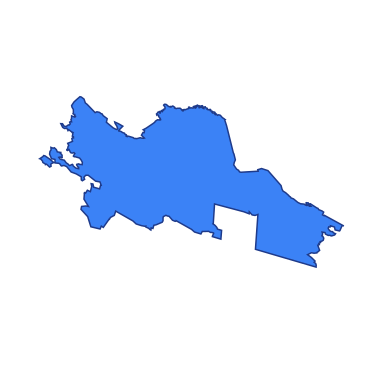 outline of Zebrenes pag., Dobele, Latvia, rotated 30°
{"feature_id": "27541924B8969780539300", "entity_name": "Zebrenes pag.", "entity_type": "district", "adm_level": 2, "iso_a3": "LVA", "parent_name": "Latvia", "parent_adm1": "Dobele", "projection": "robinson", "projection_center": [22.874, 56.594], "detail": "fine", "context": "isolated", "style": "filled", "palette": "blue", "viewbox_px": 384, "rotation_deg": 30, "n_neighbors": 0, "source": "geoboundaries", "source_scale": "gbopen_adm2", "svg_char_len": 6009}
<svg xmlns="http://www.w3.org/2000/svg" viewBox="0 0 384 384"><g transform="rotate(30 192 192)"><path d="M337.0,195.0L336.1,193.2L334.8,192.0L332.9,191.8L333.1,190.3L328.2,189.0L323.4,188.5L325.8,184.9L328.3,184.0L330.6,182.3L330.4,181.8L331.0,180.8L331.7,178.7L327.5,175.2L328.6,173.9L327.5,173.1L328.6,171.5L327.8,170.9L329.2,169.4L329.8,168.1L329.2,166.1L327.3,164.9L326.4,165.0L326.1,163.0L324.7,161.7L327.5,160.6L328.6,161.7L331.6,161.5L333.2,160.5L334.4,160.5L335.1,160.0L337.0,157.9L337.2,156.4L334.6,156.6L333.6,156.0L332.2,156.7L331.1,156.7L328.9,156.0L328.0,155.2L327.9,153.7L329.1,153.3L329.4,152.5L328.9,152.0L332.9,151.1L334.9,153.3L339.2,152.0L339.4,151.5L338.8,146.0L340.5,145.5L318.4,146.0L318.3,146.5L316.4,146.5L316.1,143.6L314.3,143.4L310.6,143.9L309.3,143.2L308.0,143.4L300.3,143.0L299.9,143.3L299.9,144.2L302.1,144.9L300.7,145.7L299.6,144.9L298.2,143.3L296.3,144.1L296.2,144.5L297.1,145.3L298.4,145.6L298.6,145.9L298.2,146.3L296.6,146.6L295.2,146.4L291.9,147.9L288.8,148.1L283.4,147.2L280.6,147.6L279.8,147.1L278.2,147.0L277.7,146.7L273.5,145.8L270.4,145.7L268.6,144.6L265.9,141.9L247.1,135.5L240.5,136.9L237.8,139.8L238.9,140.9L224.4,150.5L223.0,150.8L221.5,149.9L219.2,149.9L214.6,147.7L213.8,145.2L213.5,142.5L209.4,138.2L208.1,137.3L188.8,117.3L184.4,113.3L184.5,112.7L183.9,112.9L183.3,112.5L181.1,112.4L178.2,111.4L176.5,111.8L175.7,112.9L174.3,112.3L173.5,113.4L172.8,113.1L172.9,112.1L171.7,111.5L171.2,111.7L171.6,112.3L171.5,112.7L170.2,113.3L169.4,112.9L169.6,112.0L168.6,112.0L167.4,112.5L167.1,112.2L167.1,111.5L166.6,111.3L166.0,111.7L165.8,112.3L164.1,112.9L163.8,112.9L163.9,112.3L163.5,111.9L161.6,112.2L160.9,111.6L159.6,112.7L160.6,113.8L160.2,114.0L158.5,113.9L158.7,112.9L158.3,112.3L157.8,112.1L156.9,112.8L157.8,113.5L157.0,113.9L157.0,114.5L156.1,115.5L155.8,115.3L155.9,114.6L155.6,113.8L155.3,113.7L155.0,114.3L154.6,114.0L153.1,114.1L153.1,114.4L153.7,114.6L153.6,115.2L152.5,115.2L150.7,117.1L151.3,117.2L151.5,116.8L152.4,116.1L153.3,116.5L153.3,117.0L153.1,117.1L152.2,117.1L152.9,117.3L152.9,117.7L151.3,117.8L150.9,118.9L149.9,119.1L148.4,120.2L147.7,119.8L146.9,119.9L146.7,120.3L147.4,120.6L147.4,121.4L146.1,122.7L145.2,124.0L144.5,124.1L144.1,124.8L143.5,124.9L143.5,125.4L143.9,125.8L143.7,126.3L143.1,126.4L142.5,125.7L141.9,126.1L141.2,125.6L139.8,125.4L137.3,126.9L136.6,127.7L135.0,128.0L134.8,127.3L132.4,127.1L131.6,128.2L131.0,128.5L131.9,129.1L130.7,129.0L129.8,129.5L128.3,129.6L127.7,129.3L125.7,129.1L124.5,129.6L124.1,130.2L124.0,131.0L126.2,132.0L127.0,133.5L126.1,134.5L126.4,135.2L125.9,135.3L125.3,136.2L126.1,136.3L126.1,137.3L124.8,137.5L123.8,138.4L124.7,138.8L125.0,139.5L124.7,139.7L124.1,139.0L123.0,139.5L122.6,140.0L122.8,140.2L122.2,142.2L123.1,143.0L123.3,142.5L124.7,142.3L125.3,143.3L127.2,144.0L127.6,144.5L127.9,144.3L128.7,145.1L128.4,145.6L126.0,146.7L125.1,148.5L124.8,149.3L124.9,150.1L124.1,152.0L120.4,159.6L118.6,162.5L120.2,162.6L120.9,164.5L119.8,165.0L119.8,168.1L123.8,169.1L123.2,169.7L121.4,170.6L120.1,170.8L117.4,173.5L116.5,173.7L116.0,174.2L115.0,174.5L113.9,174.3L109.2,175.4L108.6,175.7L108.2,176.5L107.0,176.5L107.0,175.7L106.5,175.7L106.4,175.3L104.9,175.4L104.1,174.8L102.5,175.2L99.7,175.1L98.3,175.8L97.7,175.4L99.2,169.6L94.2,169.6L90.1,170.0L91.2,171.1L94.1,172.6L95.3,173.8L95.8,174.0L95.8,175.1L95.1,175.7L91.8,175.9L83.0,174.4L81.9,170.9L76.9,170.3L75.0,169.3L74.2,169.6L72.1,169.3L69.5,170.1L68.4,171.7L57.3,168.5L55.1,168.2L52.0,165.5L48.6,165.1L47.3,165.5L45.8,169.8L44.8,172.9L44.5,177.3L45.6,178.5L48.0,179.9L49.6,182.6L49.8,183.7L51.1,183.8L51.7,183.5L52.3,184.6L53.3,184.7L53.4,185.0L53.1,185.7L49.7,186.3L51.0,188.8L50.9,189.7L52.6,191.4L51.4,192.0L51.1,192.7L52.5,193.9L52.2,195.4L51.4,195.7L50.2,198.3L48.3,198.9L45.7,197.6L44.2,198.4L47.7,200.7L49.8,200.8L51.8,199.4L53.9,200.8L54.0,199.7L57.7,200.1L59.1,200.0L58.9,200.5L59.3,200.5L59.9,201.7L60.4,203.5L61.7,203.4L62.3,204.4L61.5,204.7L61.2,205.8L63.2,207.9L60.0,212.0L62.0,213.4L62.0,215.0L62.9,217.0L62.3,217.7L62.8,218.4L63.5,218.3L64.3,216.7L66.8,218.4L67.7,218.6L69.1,218.0L70.0,216.9L71.3,217.2L71.3,220.2L72.4,220.4L73.1,219.9L77.7,218.8L80.1,219.8L82.2,221.1L83.2,223.2L80.5,224.4L79.9,224.2L78.4,225.6L78.5,226.2L80.4,227.2L81.5,227.3L82.2,228.5L79.4,229.4L76.0,228.8L75.2,228.0L74.5,227.9L72.9,230.2L72.3,230.3L70.9,229.8L68.4,229.6L65.5,228.3L61.5,229.5L59.3,228.6L60.3,227.6L62.2,227.4L62.3,226.9L61.6,226.1L61.2,225.2L60.2,224.6L58.4,224.2L58.5,223.4L55.3,224.6L53.3,223.1L50.7,222.5L49.8,223.5L47.5,223.9L48.9,226.0L48.7,227.8L49.7,230.4L53.7,233.4L57.0,232.3L58.9,235.3L62.2,233.8L63.3,233.7L65.5,234.7L66.0,234.7L67.9,233.0L70.8,232.7L77.3,235.1L82.7,234.2L88.4,234.2L90.1,236.9L91.4,237.1L92.7,234.7L91.0,233.3L91.6,230.7L93.7,229.4L103.1,230.8L107.3,229.3L110.0,231.6L109.5,231.9L110.4,235.5L104.5,237.0L102.2,234.6L100.5,235.2L102.4,237.4L103.8,242.5L100.5,242.8L100.4,246.1L99.3,246.2L99.2,246.9L99.7,247.4L102.0,252.2L109.6,256.3L107.2,257.1L103.6,259.7L104.5,262.5L114.0,265.5L121.8,272.7L130.9,270.0L130.5,266.9L132.9,267.0L133.8,256.9L134.1,256.9L134.1,254.8L136.4,251.1L135.5,246.7L155.3,246.6L159.6,247.6L165.1,246.4L168.2,245.3L168.9,244.8L168.9,245.2L169.5,245.4L172.7,245.1L174.2,245.5L175.4,245.5L174.6,243.5L176.4,243.1L175.6,239.9L177.3,238.4L181.3,233.1L181.3,231.4L179.8,228.8L179.5,227.6L181.1,225.2L182.6,225.1L184.3,224.5L189.2,226.2L192.1,225.8L192.8,225.1L192.7,224.8L210.3,224.6L214.2,225.4L220.7,223.9L220.6,221.1L226.2,217.7L228.2,217.8L229.4,217.1L231.1,216.7L231.6,217.3L231.5,217.8L231.8,220.3L231.3,220.6L240.6,218.4L236.8,210.4L232.6,211.4L231.3,210.3L230.0,209.8L228.3,209.3L226.0,209.1L226.1,208.5L217.5,191.1L246.8,183.2L252.4,182.3L251.5,180.5L255.5,181.8L258.3,180.8L260.3,178.5L275.6,209.9L337.0,195.0ZM57.6,235.6L51.9,234.6L46.6,234.2L45.3,234.6L45.2,235.8L43.5,239.3L44.5,239.1L46.0,239.6L47.1,240.0L48.1,241.0L51.2,241.1L51.4,241.4L51.7,240.8L52.8,240.8L56.2,241.6L57.1,240.2L55.9,238.6L56.0,237.7L57.6,235.6Z" fill="#3b82f6" stroke="#1e3a8a" stroke-width="1.5"/></g></svg>